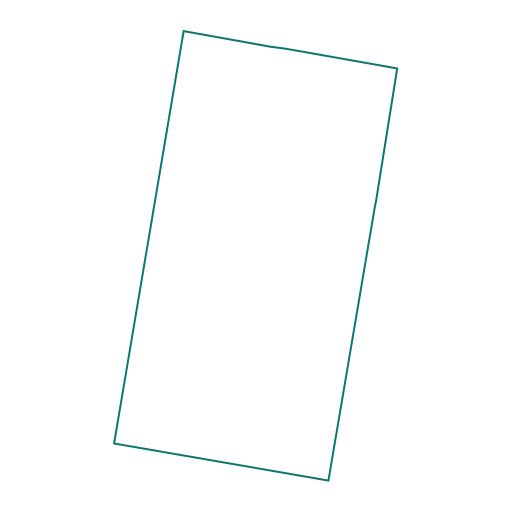 the district of Schleicher, Texas, United States of America, rotated 100°
{"feature_id": "52423323B17811041209466", "entity_name": "Schleicher", "entity_type": "district", "adm_level": 2, "iso_a3": "USA", "parent_name": "United States of America", "parent_adm1": "Texas", "projection": "albers", "projection_center": [-100.712, 30.897], "detail": "fine", "context": "isolated", "style": "outline", "palette": "teal", "viewbox_px": 512, "rotation_deg": 100, "n_neighbors": 0, "source": "geoboundaries", "source_scale": "gbopen_adm2", "svg_char_len": 269}
<svg xmlns="http://www.w3.org/2000/svg" viewBox="0 0 512 512"><g transform="rotate(100 256 256)"><path d="M46.8,149.5L46.7,263.2L47.4,277.8L47.1,366.3L465.3,363.2L464.6,145.7L185.0,147.5L181.7,147.3L46.8,149.5Z" fill="none" stroke="#0f766e" stroke-width="2"/></g></svg>